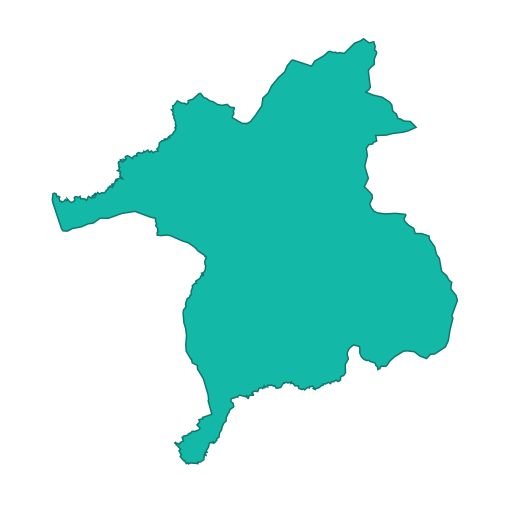 Si Banphot, Phatthalung, Thailand, rotated 169°
{"feature_id": "78962969B76143579725906", "entity_name": "Si Banphot", "entity_type": "district", "adm_level": 2, "iso_a3": "THA", "parent_name": "Thailand", "parent_adm1": "Phatthalung", "projection": "albers", "projection_center": [99.901, 7.693], "detail": "fine", "context": "isolated", "style": "filled", "palette": "teal", "viewbox_px": 512, "rotation_deg": 169, "n_neighbors": 0, "source": "geoboundaries", "source_scale": "gbopen_adm2", "svg_char_len": 6069}
<svg xmlns="http://www.w3.org/2000/svg" viewBox="0 0 512 512"><g transform="rotate(169 256 256)"><path d="M119.9,343.8L119.1,345.2L115.5,345.8L115.6,351.4L104.9,349.8L98.7,350.2L88.0,349.5L83.0,349.8L74.3,351.8L78.8,358.6L85.1,360.3L88.0,363.0L90.4,363.8L91.1,368.6L94.1,372.1L93.9,378.4L95.2,381.2L101.8,387.8L110.1,391.5L116.9,395.9L113.5,397.7L111.6,399.9L110.4,416.5L108.2,418.7L103.3,421.6L102.5,426.4L98.7,432.4L99.0,434.0L100.3,435.8L99.0,438.9L99.5,443.8L104.3,443.6L108.9,448.7L112.2,447.3L118.6,446.1L130.7,438.0L135.0,439.7L137.6,439.6L139.1,440.9L141.4,441.0L144.0,442.7L145.8,442.8L151.2,439.6L161.0,436.2L165.3,431.8L182.3,441.3L183.7,441.3L188.9,436.9L192.8,431.1L199.6,427.1L208.4,419.8L212.9,413.6L219.1,409.8L221.6,402.3L230.5,393.4L235.7,389.0L239.3,387.8L244.3,388.8L252.6,396.1L252.7,397.5L250.7,399.6L250.4,403.1L249.1,404.8L249.2,405.9L253.0,407.0L255.2,410.3L260.7,410.4L264.9,412.1L268.8,415.7L271.9,417.2L274.5,420.2L276.8,421.2L279.4,426.2L280.8,426.3L288.0,422.0L292.9,421.5L293.5,418.8L295.4,418.2L297.0,419.6L299.8,420.2L303.6,423.3L307.8,419.4L309.2,419.3L309.3,415.7L311.1,415.9L309.7,412.8L310.5,411.6L310.5,410.0L309.7,408.9L310.3,407.2L309.4,403.1L310.0,400.0L309.3,399.2L311.2,397.3L310.3,396.7L311.4,394.5L313.3,393.3L314.7,391.2L317.4,390.6L318.1,388.6L319.2,389.7L320.6,387.4L321.9,388.3L322.8,387.3L323.7,388.3L324.5,386.8L326.4,387.1L329.3,385.4L330.6,381.3L333.0,380.0L332.0,378.2L332.4,377.4L334.9,377.9L337.4,377.0L338.5,379.1L340.9,378.1L341.6,380.3L342.3,380.6L344.9,379.3L346.2,380.2L346.3,379.3L348.9,378.7L351.6,380.0L353.4,379.3L354.0,376.9L355.3,377.7L357.6,376.9L358.6,375.2L362.8,379.0L365.1,378.6L365.6,377.8L364.7,376.2L365.9,375.5L367.7,376.2L367.0,374.7L369.2,373.8L369.4,375.9L370.7,376.4L370.7,375.1L372.9,374.6L373.5,373.1L373.0,372.0L373.6,370.1L372.8,369.0L373.6,368.7L373.6,366.9L375.6,366.3L372.8,364.3L373.9,363.2L373.6,361.4L374.5,360.0L372.8,358.7L372.2,357.2L374.5,358.4L378.9,357.8L379.2,357.3L378.0,357.3L377.8,356.6L379.9,356.3L381.2,353.9L383.7,354.1L384.0,353.2L382.6,352.3L384.1,350.8L385.3,351.7L385.1,352.4L386.5,352.3L387.0,351.2L388.1,351.4L388.7,349.7L390.7,349.0L390.9,348.1L392.8,347.0L395.6,347.5L397.7,346.7L399.3,348.6L401.0,346.7L401.8,346.9L401.7,348.0L402.8,347.7L403.3,347.1L402.3,345.1L403.8,344.0L404.8,344.7L404.3,346.3L404.9,346.4L406.5,344.3L409.1,346.5L411.7,342.9L413.3,344.8L417.2,345.8L417.3,348.1L418.5,347.5L422.1,348.7L423.3,348.0L423.1,345.4L424.8,344.2L427.0,343.8L428.5,344.9L430.5,348.2L430.5,346.9L431.3,346.3L432.4,347.8L433.6,346.5L436.5,345.9L436.8,347.0L438.1,347.3L438.3,350.3L437.4,351.2L438.4,352.3L440.1,352.2L440.3,355.0L441.9,356.2L443.4,355.9L445.2,350.1L445.2,346.9L441.7,319.8L440.6,317.5L436.4,316.4L430.9,318.0L421.7,318.0L414.6,319.6L409.4,319.4L401.7,322.9L393.6,321.2L379.5,323.4L366.3,322.9L351.9,314.1L347.5,312.2L348.0,309.2L347.4,306.3L348.7,305.2L347.2,301.5L347.9,299.1L347.5,298.5L348.7,297.6L349.0,295.3L345.1,294.1L339.4,293.6L336.1,292.3L325.2,284.7L319.8,281.8L314.0,275.8L312.1,272.2L306.5,266.6L306.2,265.3L305.2,265.1L305.0,264.1L307.3,260.6L307.7,257.1L307.1,256.1L308.5,252.1L310.6,249.7L312.8,249.5L312.7,248.3L311.3,247.8L311.3,247.0L313.9,246.9L315.3,244.7L320.0,242.8L319.6,240.6L321.0,240.8L324.2,239.0L324.4,237.0L326.4,233.8L326.9,230.3L328.2,230.1L329.2,228.2L331.8,227.1L334.3,222.4L334.3,219.5L337.5,216.8L338.5,213.6L339.5,204.2L338.9,198.5L339.4,191.0L341.8,182.4L342.7,176.0L339.7,167.4L339.0,167.3L339.0,163.3L334.4,159.8L335.0,156.1L331.1,145.9L329.5,128.9L329.9,124.2L330.6,122.9L329.5,109.1L339.3,107.7L339.2,106.3L343.2,106.3L343.0,103.6L346.2,101.5L343.7,97.6L345.5,96.1L348.1,95.9L348.4,95.4L352.1,96.1L354.4,94.3L354.8,94.7L356.3,94.2L356.9,93.1L361.7,93.0L361.9,92.3L363.1,92.1L362.5,88.2L365.9,87.4L366.6,86.1L370.0,87.4L370.5,88.4L371.4,88.0L366.9,80.8L368.8,79.5L367.3,75.1L368.7,73.6L366.0,68.8L365.3,68.9L364.0,65.5L362.2,65.9L361.9,64.8L359.6,65.3L352.6,63.3L352.7,64.7L349.8,64.4L346.1,66.0L344.6,70.8L343.1,69.9L343.5,72.8L341.5,72.6L342.1,74.2L339.0,77.6L337.8,80.8L336.7,81.6L335.5,81.1L333.5,81.8L333.7,80.3L332.3,80.6L329.6,82.7L329.6,84.2L327.0,85.1L325.4,89.5L323.2,91.6L321.6,95.2L319.4,98.1L316.8,99.7L316.0,103.4L314.1,105.5L314.1,106.4L312.4,107.5L310.9,110.2L306.6,112.2L306.6,115.9L308.4,118.0L307.7,120.4L306.8,120.8L303.7,120.9L302.5,121.6L300.9,120.9L300.0,122.2L298.4,122.5L292.8,119.7L292.0,120.6L291.4,118.1L290.7,117.7L290.1,118.5L290.5,119.6L288.0,120.4L285.2,119.8L285.0,120.8L286.3,122.0L285.9,122.6L283.4,123.7L280.2,122.6L278.3,125.6L276.0,125.7L274.6,124.6L272.8,127.0L272.4,125.3L272.0,125.8L269.4,125.3L269.7,126.4L269.0,126.9L266.3,126.1L265.4,126.5L263.6,124.9L262.4,125.2L261.5,122.5L259.7,122.1L256.8,122.3L253.2,126.2L252.6,125.7L250.0,126.3L248.9,125.2L245.5,125.7L246.3,124.2L244.0,124.0L242.5,121.0L239.5,120.6L239.1,117.7L236.2,116.1L234.7,116.6L233.9,115.3L230.3,117.2L228.9,116.3L228.1,117.7L226.5,117.2L225.4,117.6L224.1,115.3L225.1,114.9L223.3,113.6L222.5,114.4L218.8,114.8L216.3,116.5L214.9,116.2L214.4,117.6L212.3,117.1L209.1,118.1L207.1,116.5L206.0,118.2L203.8,117.8L201.1,118.9L199.6,117.2L198.6,117.2L196.8,118.2L195.8,121.5L192.8,121.9L190.4,124.4L189.1,132.4L184.9,137.5L185.3,141.3L184.7,144.0L181.9,147.7L177.3,150.1L172.1,147.7L171.6,146.2L172.6,140.9L171.8,136.9L169.6,133.8L167.5,132.4L165.2,132.0L164.1,130.7L159.5,128.3L159.2,125.6L158.0,124.5L158.0,121.2L155.8,121.9L154.4,124.0L150.1,123.0L148.7,123.3L144.9,127.2L139.6,130.5L129.3,134.4L125.5,134.0L118.8,131.8L114.3,126.6L108.2,122.8L103.4,126.3L99.3,125.7L87.4,130.6L83.4,136.2L79.6,146.6L74.6,157.3L75.2,159.9L66.8,173.9L67.1,179.0L70.8,185.9L70.7,188.1L68.9,192.8L71.2,195.5L72.7,200.4L76.7,205.4L76.5,218.8L78.5,223.0L78.9,231.1L82.5,239.2L82.4,242.6L89.4,246.5L95.4,247.7L95.9,253.1L100.1,256.8L103.4,261.6L103.5,264.4L101.1,267.4L101.3,268.3L111.1,271.3L120.9,272.6L128.5,275.1L131.6,277.5L133.7,281.4L134.4,285.4L130.6,290.9L130.5,294.3L136.4,303.4L130.9,310.7L132.1,323.4L127.5,333.5L127.2,340.6L124.2,343.7L119.9,343.8Z" fill="#14b8a6" stroke="#0f766e" stroke-width="1.5"/></g></svg>